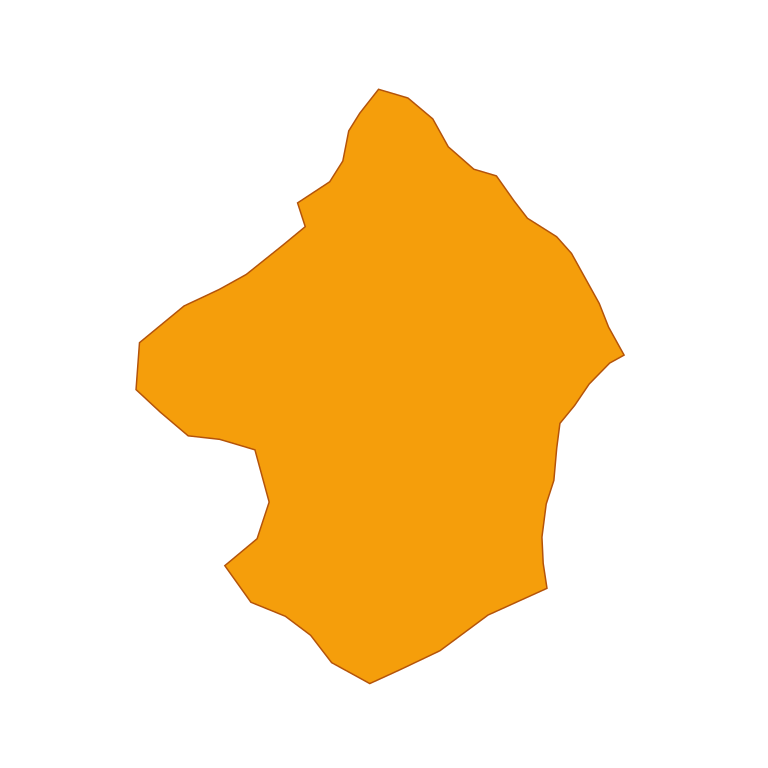 the district of Livadia Ammochostou, Cyprus, rotated 241°
{"feature_id": "46923920B52729899789511", "entity_name": "Livadia Ammochostou", "entity_type": "district", "adm_level": 2, "iso_a3": "CYP", "parent_name": "Cyprus", "parent_adm1": "", "projection": "robinson", "projection_center": [34.038, 35.398], "detail": "fine", "context": "isolated", "style": "filled", "palette": "amber", "viewbox_px": 768, "rotation_deg": 241, "n_neighbors": 0, "source": "geoboundaries", "source_scale": "gbopen_adm2", "svg_char_len": 795}
<svg xmlns="http://www.w3.org/2000/svg" viewBox="0 0 768 768"><g transform="rotate(241 384 384)"><path d="M126.3,427.5L150.0,436.3L173.5,447.9L200.4,467.7L217.3,485.8L244.2,504.0L264.3,518.8L272.8,540.3L284.5,563.4L292.9,591.5L292.9,608.0L324.9,608.0L350.1,611.3L377.0,611.3L407.3,611.3L429.1,606.4L459.4,589.8L481.3,586.5L511.5,583.2L528.3,566.7L560.3,555.2L592.2,555.2L622.5,543.6L644.4,522.1L632.6,494.1L622.5,475.9L599.0,456.1L587.2,434.6L584.3,396.2L559.8,391.4L554.5,363.0L546.6,316.6L546.6,285.7L549.2,247.0L538.7,190.2L499.3,164.4L467.8,174.7L433.6,187.6L415.3,213.4L389.0,239.2L336.4,226.3L310.2,198.0L302.3,156.7L257.6,161.8L228.7,185.1L199.8,198.0L165.7,203.1L128.9,226.3L126.3,259.9L123.6,303.7L131.5,363.0L126.3,427.5Z" fill="#f59e0b" stroke="#b45309" stroke-width="1.5"/></g></svg>